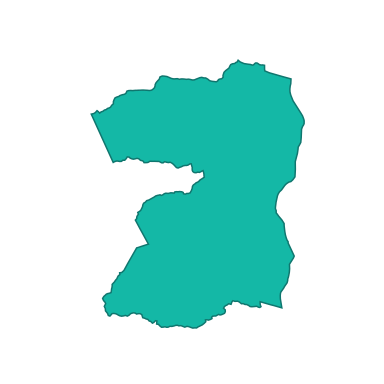 the district of Parambu, Ceará, Brazil, rotated 196°
{"feature_id": "56859067B29011141793469", "entity_name": "Parambu", "entity_type": "district", "adm_level": 2, "iso_a3": "BRA", "parent_name": "Brazil", "parent_adm1": "Ceará", "projection": "orthographic", "projection_center": [-40.595, -6.298], "detail": "fine", "context": "isolated", "style": "filled", "palette": "teal", "viewbox_px": 384, "rotation_deg": 196, "n_neighbors": 0, "source": "geoboundaries", "source_scale": "gbopen_adm2", "svg_char_len": 5338}
<svg xmlns="http://www.w3.org/2000/svg" viewBox="0 0 384 384"><g transform="rotate(196 192 192)"><path d="M104.0,282.6L103.8,285.3L103.2,287.4L103.1,288.7L103.8,291.3L104.5,292.6L105.5,294.0L106.8,295.7L109.5,298.2L120.0,307.5L123.8,312.4L125.4,315.2L126.3,317.9L126.8,320.9L126.9,323.3L128.0,328.0L136.7,327.9L150.5,327.9L155.4,328.5L156.1,330.1L157.2,333.8L159.1,333.6L160.6,333.1L162.2,333.0L163.5,333.5L164.8,333.9L166.2,333.7L167.1,332.8L167.8,331.3L168.9,330.6L171.0,330.7L173.3,330.3L177.2,329.8L179.2,330.0L181.5,330.3L184.0,331.4L184.4,329.5L185.5,328.6L186.4,327.3L188.6,326.3L189.9,325.1L190.3,323.6L190.6,321.4L191.8,319.7L193.1,318.0L194.2,315.9L194.3,314.0L194.3,312.4L193.7,310.8L194.7,309.0L196.2,308.4L197.5,307.4L198.0,305.7L199.1,304.6L200.6,304.4L202.7,304.0L204.8,303.8L206.1,304.0L207.3,304.6L208.6,305.0L210.2,305.4L212.2,304.9L214.2,304.9L215.9,304.1L218.8,301.9L220.7,300.4L222.4,299.8L224.9,299.7L226.5,299.5L228.6,298.7L230.2,298.5L232.2,298.1L233.8,297.6L235.0,296.9L237.4,296.9L240.0,295.9L241.3,295.6L243.3,295.5L245.5,295.8L247.9,296.1L249.4,295.9L250.8,295.7L252.6,295.3L254.5,293.8L254.6,291.3L255.5,289.7L256.2,288.2L256.7,287.0L257.0,285.2L256.7,283.5L256.9,281.7L257.9,280.0L259.0,278.7L260.9,277.8L262.7,277.5L264.5,277.1L266.7,276.6L268.1,276.2L269.5,275.7L271.1,275.2L273.1,274.5L274.5,274.1L277.0,273.1L278.9,272.7L280.9,272.0L282.4,271.0L282.6,269.0L283.7,267.4L285.8,266.3L287.9,264.8L288.7,263.7L290.4,262.6L291.9,261.3L292.3,259.5L292.5,257.3L291.9,255.1L293.1,253.2L293.7,251.1L294.9,249.9L296.3,249.0L297.2,247.6L298.8,246.6L299.8,245.1L301.5,243.9L302.5,242.4L304.2,243.4L305.7,244.0L306.8,241.7L308.1,240.3L310.3,239.1L275.9,198.7L274.7,199.9L272.8,201.1L271.4,201.3L270.0,201.4L268.3,202.0L267.2,203.5L265.4,204.0L264.4,206.0L263.9,207.9L262.1,208.2L260.8,207.5L259.0,207.3L257.4,207.4L256.0,208.1L254.1,209.2L252.3,209.3L251.1,208.6L249.9,208.2L248.2,208.4L247.0,207.9L246.2,207.0L244.7,207.4L242.6,208.2L240.8,210.0L238.7,210.5L236.4,211.2L234.3,211.7L232.0,212.3L229.4,211.7L227.9,212.0L226.6,213.6L224.3,213.6L222.7,213.8L221.2,214.6L219.6,214.3L218.2,213.8L216.5,212.9L214.9,211.9L213.7,211.2L212.0,211.2L210.8,212.2L209.2,213.3L207.7,214.7L206.0,215.6L204.6,216.0L203.2,216.8L201.8,218.4L200.6,218.9L199.4,217.0L198.5,215.6L198.2,214.2L197.7,212.9L196.9,211.9L195.3,211.3L193.5,211.6L191.9,212.7L190.2,212.9L188.8,214.2L187.3,215.6L186.5,214.4L185.5,212.6L184.9,210.8L184.3,209.6L185.1,208.6L186.2,207.3L187.6,205.8L188.3,204.3L189.2,203.1L190.6,202.0L191.3,200.8L192.6,199.2L193.1,197.6L192.8,195.4L193.0,193.1L193.6,190.6L195.2,189.5L196.6,189.2L197.8,188.1L199.7,188.0L200.3,189.1L201.8,189.4L204.1,189.0L205.4,188.4L207.2,188.0L208.6,187.3L208.9,186.0L210.2,185.8L212.1,185.4L214.4,184.1L216.9,183.6L218.2,182.7L219.4,181.1L220.7,180.2L221.9,180.5L223.1,179.8L224.3,179.2L225.8,178.2L227.0,176.7L228.2,175.5L229.7,174.0L231.3,172.4L233.2,171.2L234.0,169.4L235.4,167.9L235.7,165.9L235.5,164.2L235.8,162.4L236.2,160.3L237.1,158.9L238.5,157.4L237.4,155.9L238.0,154.2L238.2,152.7L237.8,151.2L238.7,149.4L231.9,142.4L219.5,129.9L229.8,123.0L234.1,105.4L235.8,97.8L237.4,95.2L239.3,94.4L238.6,92.6L239.7,91.3L240.1,89.7L240.3,87.9L241.2,86.1L241.8,84.1L242.6,82.6L243.3,81.2L242.9,80.0L242.6,78.2L242.6,76.6L242.3,75.0L242.1,73.0L243.5,71.9L244.9,71.2L246.2,70.2L246.9,68.9L247.9,67.4L248.6,65.1L247.4,63.6L246.3,62.7L245.1,62.0L244.2,60.8L244.8,57.9L243.2,56.1L242.4,53.9L240.8,52.8L239.7,52.0L238.4,50.2L236.7,50.1L235.9,51.7L235.4,53.0L233.8,53.7L232.3,53.9L231.0,53.9L229.0,53.4L227.5,53.1L225.5,53.2L223.7,54.0L222.0,55.0L219.9,54.9L218.5,56.3L217.5,58.1L215.9,59.2L214.7,59.8L213.0,59.9L211.7,59.4L210.2,60.2L208.1,60.8L206.3,60.1L205.5,58.8L204.7,57.6L202.6,57.6L201.1,57.3L199.4,57.4L197.6,56.2L196.0,56.2L193.9,55.0L192.8,56.0L191.6,58.2L190.2,58.4L189.9,56.8L189.6,55.3L187.8,55.5L185.6,54.2L184.0,53.6L182.4,54.2L180.8,55.0L179.0,55.0L177.7,55.5L176.2,56.8L174.2,57.3L172.2,58.4L170.8,59.4L169.1,59.9L167.8,59.7L165.8,60.5L163.7,60.3L161.7,60.1L159.8,61.5L157.8,61.7L155.8,61.5L153.8,61.4L151.8,62.2L150.1,62.6L148.9,64.1L147.5,65.3L145.5,67.1L144.1,69.1L143.0,71.1L143.8,72.8L142.4,73.3L140.8,73.4L139.0,74.7L137.9,75.8L138.6,77.0L137.9,78.3L136.5,78.9L134.9,79.4L133.7,80.7L132.6,81.7L131.2,81.5L130.0,82.1L128.7,83.1L127.3,84.4L127.0,86.1L127.6,87.9L129.6,88.9L129.3,90.6L128.4,92.0L127.0,93.2L126.0,94.7L123.5,94.8L123.3,97.6L122.7,98.8L120.6,98.7L118.1,99.6L116.1,99.3L113.7,98.2L112.0,98.8L110.1,98.5L108.3,98.9L106.1,98.5L104.6,97.9L102.8,98.2L101.5,98.7L100.2,99.2L98.3,100.0L96.5,99.6L95.0,99.7L94.1,100.8L95.1,102.1L95.8,103.6L96.2,105.3L93.9,105.3L84.8,105.3L82.2,105.4L73.7,105.4L77.6,113.6L78.6,116.7L79.0,118.8L79.0,120.3L77.4,124.8L77.0,126.7L75.6,130.8L75.6,133.1L76.0,134.9L75.9,136.8L76.0,138.4L76.3,141.6L77.0,145.1L78.4,149.4L76.3,156.6L76.1,158.6L84.0,167.7L85.5,169.4L85.9,170.7L87.4,172.0L89.0,174.2L90.5,176.7L91.9,179.6L94.1,184.9L94.8,187.1L97.9,189.9L102.1,192.7L104.2,194.4L105.3,195.1L106.0,197.4L107.2,198.9L107.6,200.4L108.4,205.4L108.8,212.0L108.6,213.9L108.0,216.2L106.5,218.7L104.7,223.7L103.9,225.3L103.0,226.6L101.6,228.2L99.8,229.3L98.4,231.6L97.2,234.9L98.9,242.3L100.5,247.6L101.1,249.7L101.3,258.2L101.9,262.5L102.3,264.4L101.6,267.1L101.1,269.7L102.0,274.3L104.0,282.6Z" fill="#14b8a6" stroke="#0f766e" stroke-width="1.5"/></g></svg>